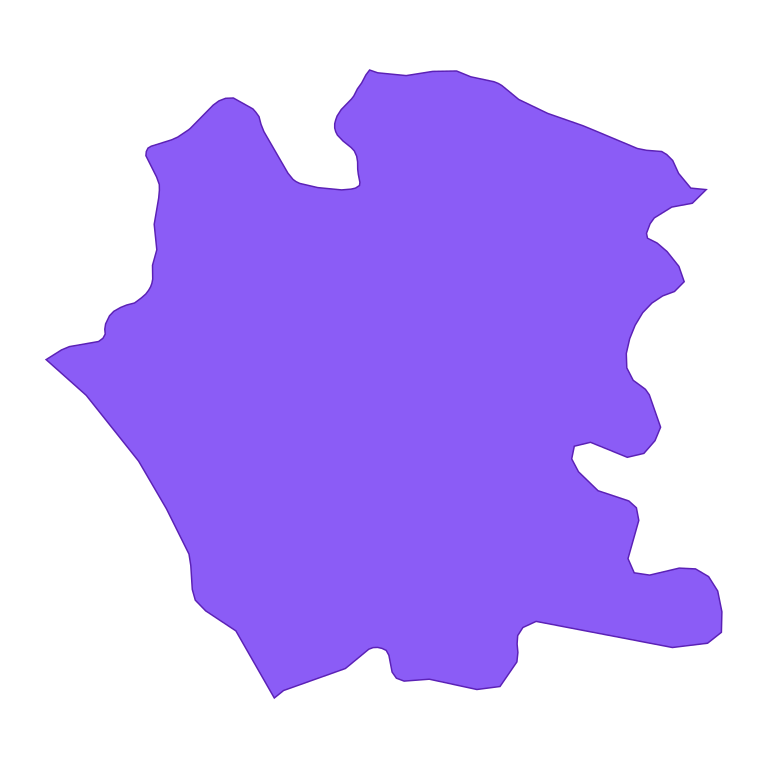 Caserta, Equal Earth projection
{"feature_id": "ITA-5396", "entity_name": "Caserta", "entity_type": "Province", "adm_level": 1, "iso_a3": "ITA", "parent_name": "Italy", "parent_adm1": "", "projection": "equal_earth", "projection_center": [14.158, 41.216], "detail": "fine", "context": "isolated", "style": "filled", "palette": "violet", "viewbox_px": 768, "rotation_deg": 0, "n_neighbors": 0, "source": "natural_earth", "source_scale": "10m", "svg_char_len": 2126}
<svg xmlns="http://www.w3.org/2000/svg" viewBox="0 0 768 768"><path d="M274.3,698.0L235.9,630.9L205.7,610.9L195.3,600.2L192.3,589.5L190.8,565.6L189.0,554.1L166.5,508.9L138.6,461.1L86.2,395.3L46.1,359.6L61.5,349.9L69.4,346.6L98.6,341.5L103.0,338.2L105.2,334.1L104.8,329.2L105.6,323.9L109.5,315.8L113.8,311.3L120.5,307.5L126.7,305.0L134.5,303.0L141.5,297.8L145.8,294.0L148.6,290.3L150.6,286.8L151.9,283.3L152.7,279.1L152.5,265.3L156.8,249.8L154.2,224.3L158.7,197.9L159.4,190.2L159.3,184.5L156.6,177.0L145.9,155.7L146.3,151.5L148.0,148.1L151.2,146.2L171.4,139.9L177.7,137.1L188.6,129.8L190.3,128.4L213.2,105.1L218.9,100.9L225.6,98.3L233.4,98.0L252.9,108.9L255.8,112.2L259.0,116.6L261.0,124.3L263.9,131.6L287.9,173.1L293.0,179.4L296.0,181.6L299.7,183.4L317.8,187.6L341.6,189.9L351.1,189.1L355.5,188.1L359.5,185.5L359.9,182.4L358.3,174.3L357.7,169.2L357.6,161.9L356.7,156.3L354.3,150.9L351.1,147.5L343.1,141.1L337.4,135.1L335.7,131.7L334.7,128.0L334.7,123.8L335.7,119.9L337.1,116.0L341.2,109.6L351.5,99.0L353.8,96.0L357.4,88.9L361.7,82.9L365.9,74.9L369.6,70.0L377.7,72.8L406.2,75.6L432.7,71.4L456.6,71.0L470.8,76.8L494.2,81.8L498.4,83.5L501.8,85.5L518.8,99.5L547.7,113.4L582.9,125.7L593.8,130.2L637.4,148.5L646.5,150.3L661.7,151.5L666.8,154.6L672.7,160.5L678.6,173.4L690.8,188.1L706.2,189.6L692.4,203.2L671.7,207.1L654.3,217.9L650.1,223.7L646.5,233.3L647.5,238.2L657.2,243.1L667.1,251.6L678.9,266.4L684.2,281.7L674.5,291.5L662.7,295.9L652.0,303.0L642.7,312.7L635.1,325.3L629.7,338.7L626.3,353.5L626.8,367.9L633.2,380.3L645.4,389.3L649.3,394.8L660.6,427.2L655.0,440.7L643.9,453.4L627.3,457.3L590.5,442.3L574.3,446.2L571.7,458.9L578.5,471.8L598.0,490.7L628.9,501.0L636.4,507.8L638.8,520.4L628.0,558.6L634.2,572.8L649.6,575.1L679.2,568.1L695.5,568.9L708.6,576.6L717.7,591.0L721.9,611.8L721.4,632.3L707.6,643.2L672.4,647.5L536.1,621.4L522.9,627.5L517.7,635.6L517.1,643.9L517.9,652.5L516.9,661.9L500.0,686.5L476.9,689.5L429.3,679.2L404.1,681.1L396.4,678.2L392.1,672.1L388.9,655.3L386.2,650.4L382.0,648.4L377.6,647.4L373.1,647.6L368.8,649.2L345.4,668.5L283.6,690.5L274.3,698.0Z" fill="#8b5cf6" stroke="#5b21b6" stroke-width="1.5"/></svg>